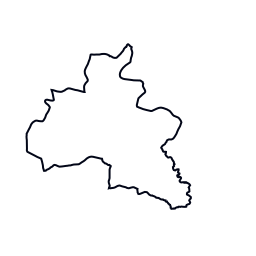 outline of Kadiogo, Kadiogo, Burkina Faso, rotated 26°
{"feature_id": "67063806B99988316808523", "entity_name": "Kadiogo", "entity_type": "district", "adm_level": 2, "iso_a3": "BFA", "parent_name": "Burkina Faso", "parent_adm1": "Kadiogo", "projection": "mercator", "projection_center": [-1.417, 12.368], "detail": "fine", "context": "isolated", "style": "outline", "palette": "ink", "viewbox_px": 256, "rotation_deg": 26, "n_neighbors": 0, "source": "geoboundaries", "source_scale": "gbopen_adm2", "svg_char_len": 5853}
<svg xmlns="http://www.w3.org/2000/svg" viewBox="0 0 256 256"><g transform="rotate(26 128 128)"><path d="M39.4,177.6L40.1,178.9L40.4,179.9L41.3,181.6L42.4,183.3L46.4,191.2L46.8,192.3L47.7,193.3L48.1,193.5L48.5,193.5L56.5,193.7L59.2,193.8L63.4,193.6L65.4,195.8L67.8,198.8L69.2,201.1L70.5,202.4L71.2,203.3L71.8,203.1L72.8,202.4L72.8,202.1L73.5,200.9L74.6,199.7L75.4,198.4L75.7,197.4L76.7,196.1L77.1,195.2L77.4,194.2L77.9,193.6L78.3,193.3L79.7,193.0L81.2,193.0L82.7,192.9L83.3,192.8L84.2,192.3L86.0,191.2L88.8,189.3L90.1,188.5L91.3,187.6L92.9,186.7L93.8,185.8L95.3,184.6L99.6,182.2L100.2,181.4L101.4,179.2L102.7,177.2L103.4,175.8L104.3,173.5L105.5,171.6L106.5,170.6L107.6,169.8L109.2,169.2L115.2,167.8L117.1,167.4L118.1,167.0L118.4,167.3L119.2,168.5L119.8,168.9L120.8,169.4L122.1,169.6L122.8,169.9L123.8,169.6L124.1,169.6L125.2,169.7L125.8,169.9L126.6,169.9L127.5,169.3L127.9,169.4L128.5,169.8L129.2,169.8L129.3,170.2L129.4,172.1L129.7,173.5L133.4,181.1L133.8,182.9L133.9,184.1L134.2,184.7L134.8,185.7L136.8,187.8L137.1,188.8L137.0,189.6L137.2,190.3L137.4,190.0L137.9,190.1L138.4,190.0L141.4,188.0L142.4,187.0L144.0,184.7L144.8,184.0L145.4,183.5L146.0,183.3L148.4,183.0L152.1,182.2L153.0,182.3L154.6,182.0L155.4,181.6L156.9,180.2L158.3,179.1L159.2,178.7L163.3,178.6L163.5,179.5L164.1,180.4L164.3,180.6L164.8,181.6L166.2,182.7L166.4,182.5L167.1,182.4L168.0,181.6L171.1,178.1L173.1,177.4L174.4,177.8L176.4,178.6L178.4,178.6L179.4,178.0L180.0,178.1L181.4,177.9L182.4,177.9L183.6,178.1L184.0,178.3L184.4,178.0L185.8,177.7L186.2,177.4L187.3,177.6L188.8,177.7L189.6,177.5L190.8,176.9L191.4,177.2L193.2,176.7L193.2,177.0L193.7,177.2L194.5,177.5L195.2,177.0L195.6,177.4L196.8,177.8L197.2,178.2L197.9,178.2L198.4,178.6L198.8,178.7L199.5,178.6L200.1,179.4L200.6,179.6L201.0,180.2L201.2,180.9L201.5,180.9L202.4,181.6L202.8,181.2L203.1,181.2L203.5,181.0L204.2,180.4L204.6,180.5L204.8,180.4L205.4,179.5L205.7,179.5L205.8,178.9L206.7,177.8L207.7,177.4L207.8,177.1L207.7,176.9L207.9,176.6L208.4,176.3L209.6,176.0L209.9,175.6L210.5,175.2L212.2,174.6L213.1,174.2L213.6,174.0L214.1,173.7L214.8,173.3L214.9,173.1L214.6,172.6L214.4,171.9L214.5,171.4L215.4,170.3L216.2,169.6L216.4,169.4L216.6,168.8L216.6,167.9L216.5,167.6L214.8,166.3L214.8,165.3L214.9,164.9L215.2,164.3L215.3,163.7L215.1,163.2L214.8,162.6L214.5,162.4L213.3,162.2L212.7,162.0L212.0,161.9L210.4,162.0L210.1,161.9L209.6,160.8L209.7,160.0L210.7,158.8L211.0,158.1L209.7,155.8L209.2,155.2L208.6,154.9L208.8,152.7L208.9,152.2L208.1,151.7L207.5,151.5L206.4,151.3L205.6,151.5L205.3,151.3L205.0,151.3L204.0,151.9L203.7,151.9L203.2,152.2L203.2,151.6L201.2,152.6L200.1,153.4L199.0,153.7L198.0,153.4L197.5,152.8L197.7,149.9L197.5,149.5L196.7,149.1L196.1,149.4L195.6,149.5L195.4,149.6L195.1,150.0L194.6,150.2L194.0,150.1L193.3,149.5L193.0,149.0L193.2,148.6L193.6,148.3L193.9,148.2L194.1,147.8L194.4,147.5L194.4,147.0L194.3,146.7L194.2,146.3L192.7,146.2L192.3,145.9L192.2,145.5L192.0,143.8L191.6,143.0L191.1,143.1L189.7,144.2L189.5,144.7L189.0,145.5L187.6,145.7L186.4,144.8L185.5,143.4L185.8,142.8L186.1,142.3L186.1,142.0L185.7,141.7L185.1,140.4L185.6,140.1L185.4,139.8L184.7,139.4L184.1,138.5L183.7,138.1L183.1,138.0L182.5,137.4L181.6,137.1L180.5,136.0L179.4,135.6L178.6,135.7L178.1,136.1L177.4,136.8L176.7,137.0L176.1,136.8L175.6,136.5L174.3,136.2L173.4,135.4L173.3,135.1L173.0,135.0L173.1,134.0L172.6,132.8L171.7,133.1L171.0,133.5L170.5,133.7L169.9,133.7L169.5,133.4L169.0,133.0L169.0,132.8L168.3,132.3L168.0,132.0L167.3,131.7L166.5,131.2L166.6,129.6L167.0,128.4L168.1,126.6L168.3,126.2L168.3,124.9L168.7,123.5L168.5,123.2L168.6,121.7L168.8,121.5L169.0,121.3L169.1,121.1L169.8,120.3L171.2,119.7L172.0,119.3L172.8,118.4L173.2,117.8L173.6,116.4L173.9,114.2L174.1,111.8L173.9,110.0L173.8,106.9L174.0,103.6L173.5,99.5L172.6,98.6L171.4,97.8L169.4,96.8L168.2,96.6L163.8,96.9L162.4,96.5L160.3,95.4L158.5,94.6L157.9,94.4L156.2,94.3L154.9,94.2L151.1,94.6L149.1,95.1L147.9,95.7L146.7,96.6L145.3,98.1L142.0,102.2L141.1,102.7L136.8,103.7L133.2,104.4L131.7,104.5L128.6,104.8L127.5,104.8L127.0,104.9L126.6,104.6L126.2,104.1L125.8,103.3L124.5,97.5L124.4,96.7L124.6,96.0L126.3,91.5L127.5,89.0L127.6,88.0L127.2,87.2L126.4,86.4L123.9,84.6L123.1,83.9L122.6,82.9L122.3,81.5L122.1,81.3L121.6,81.0L121.1,80.3L119.4,80.1L119.2,80.0L118.3,79.9L112.3,82.6L109.8,83.4L103.6,85.5L102.3,85.8L101.3,85.9L99.6,85.8L98.4,85.3L98.1,84.9L97.3,83.7L96.8,82.3L96.6,80.5L96.7,78.6L97.2,76.0L98.5,72.6L101.1,68.1L101.2,67.4L100.5,65.4L100.0,63.5L99.8,61.6L99.2,59.3L98.6,58.0L97.7,56.9L96.2,55.5L96.2,55.0L96.0,54.7L95.9,53.7L94.0,53.5L93.4,53.2L92.2,52.8L91.6,52.7L91.3,52.7L90.9,53.4L90.7,54.1L91.0,55.3L90.9,55.9L90.5,56.0L90.1,57.2L89.7,58.6L89.8,60.0L89.7,61.1L89.1,63.2L88.9,64.4L87.0,69.7L86.5,70.2L85.1,70.9L84.2,71.1L83.1,71.2L81.9,71.0L79.9,71.2L79.8,71.4L79.2,71.0L78.5,71.1L77.6,71.0L76.2,71.2L75.0,71.5L73.6,72.1L72.0,73.0L70.1,74.5L66.9,76.1L65.3,77.0L63.2,77.8L62.4,78.3L62.3,78.5L63.0,81.4L63.4,82.8L63.5,84.8L63.9,88.1L63.8,91.1L63.8,93.0L63.9,94.6L64.2,95.9L65.3,97.8L66.6,99.1L68.6,100.5L70.2,101.8L70.8,102.4L71.1,103.5L70.9,104.3L70.3,106.2L70.1,108.3L70.2,109.5L70.8,110.9L72.6,114.0L73.2,114.7L72.8,114.9L71.1,115.3L66.2,116.2L63.9,116.9L58.5,117.9L57.3,118.4L56.8,118.7L56.3,119.2L55.1,120.9L54.6,122.0L53.5,123.3L52.8,124.2L51.9,124.9L50.1,125.6L48.2,126.2L44.2,126.8L42.6,127.3L43.3,128.1L43.9,128.6L45.5,130.5L48.1,134.0L48.8,134.8L49.0,135.2L49.0,135.6L48.8,135.9L48.3,136.4L46.7,137.1L42.9,138.0L42.0,138.6L41.6,139.3L41.6,140.0L41.8,140.5L42.1,140.9L42.9,141.4L43.9,141.8L45.0,142.0L46.3,142.3L48.1,143.2L48.4,143.4L48.8,144.0L48.8,144.8L49.0,146.0L49.1,147.3L48.9,149.6L48.6,151.8L49.0,155.0L48.8,157.9L48.5,158.9L48.2,159.4L47.3,159.9L45.5,160.6L44.2,161.0L43.2,161.2L42.2,161.6L41.5,162.2L40.7,163.4L40.1,164.4L39.8,165.2L39.4,167.2L39.6,170.4L39.5,172.2L39.4,177.6Z" fill="none" stroke="#020617" stroke-width="2"/></g></svg>